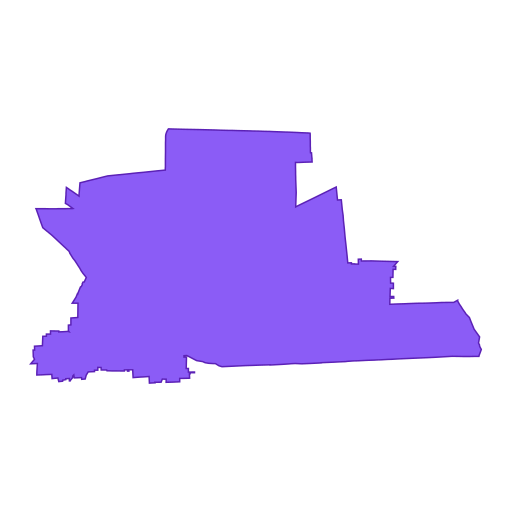 Metepec, México, Mexico
{"feature_id": "50627088B30760870032876", "entity_name": "Metepec", "entity_type": "district", "adm_level": 2, "iso_a3": "MEX", "parent_name": "Mexico", "parent_adm1": "México", "projection": "mercator", "projection_center": [-99.596, 19.251], "detail": "fine", "context": "isolated", "style": "filled", "palette": "violet", "viewbox_px": 512, "rotation_deg": 0, "n_neighbors": 0, "source": "geoboundaries", "source_scale": "gbopen_adm2", "svg_char_len": 4907}
<svg xmlns="http://www.w3.org/2000/svg" viewBox="0 0 512 512"><path d="M161.1,382.2L162.3,379.1L166.2,379.2L166.1,382.3L172.9,382.1L179.7,381.8L179.7,378.4L183.0,378.4L189.6,378.2L189.4,373.8L190.1,373.8L190.1,372.7L194.5,372.7L194.5,372.0L188.4,372.1L188.4,368.5L186.2,368.5L186.5,357.2L184.0,357.1L184.0,355.7L186.8,355.5L190.1,357.2L196.6,360.6L202.7,361.6L205.1,362.7L208.7,363.3L213.5,363.6L215.4,363.6L219.0,365.8L222.0,366.7L234.7,366.1L245.2,365.6L248.2,365.5L252.2,365.4L260.0,365.1L263.8,365.0L270.2,364.8L270.2,365.0L274.0,364.8L281.5,364.4L289.0,363.9L291.1,363.7L295.2,363.5L301.7,363.8L311.4,363.4L321.1,362.9L321.1,362.7L328.0,362.4L334.9,362.1L338.4,361.9L345.3,361.6L345.9,361.6L346.7,361.4L353.5,360.9L357.6,360.8L367.5,360.3L374.1,360.1L377.4,359.9L380.9,359.8L387.9,359.4L391.4,359.3L398.4,358.9L407.3,358.5L414.3,358.2L421.4,357.9L428.5,357.6L434.8,357.3L438.2,357.1L445.2,356.7L452.1,356.3L459.0,356.4L463.2,356.5L469.8,356.5L474.3,356.4L478.9,356.4L479.2,355.1L480.1,352.8L481.3,349.5L481.0,348.8L480.4,347.8L479.6,346.1L479.5,344.9L478.5,343.0L478.7,342.1L479.6,336.9L474.1,329.2L470.9,321.4L469.4,317.5L465.7,313.7L465.3,312.9L462.6,309.1L461.0,306.5L459.4,304.2L457.7,301.1L457.7,300.2L453.7,302.4L449.2,302.4L441.4,302.5L435.6,302.8L427.1,303.1L422.8,303.2L420.3,303.2L416.0,303.3L408.1,303.6L403.8,303.8L400.1,303.9L396.7,304.0L389.8,304.3L389.9,298.2L393.8,298.1L393.7,296.5L390.0,296.5L390.1,293.8L390.3,288.4L393.4,288.6L393.4,283.2L390.6,283.1L390.5,277.4L392.9,277.4L393.1,269.3L395.7,269.4L395.8,266.4L393.5,266.4L397.7,261.6L381.2,261.2L371.7,260.9L361.4,261.0L361.3,259.1L358.3,259.2L358.4,264.1L354.9,264.1L354.8,263.9L351.4,263.9L351.4,262.8L347.8,262.9L347.7,262.1L347.1,255.9L345.9,244.5L345.1,237.4L344.3,228.4L343.9,224.7L343.4,220.1L343.4,219.5L343.1,215.4L342.3,209.8L341.3,199.8L340.7,199.8L339.4,199.9L337.5,200.0L336.2,187.0L334.8,187.7L333.5,188.3L325.6,192.2L312.8,198.5L308.9,200.4L299.0,205.2L295.7,206.9L296.2,192.6L296.1,190.0L295.7,179.2L295.7,177.2L295.6,174.1L295.6,171.8L295.5,166.8L295.5,165.4L295.5,164.1L295.5,162.4L297.7,162.5L300.3,162.4L304.5,162.2L307.9,162.1L312.1,162.0L312.0,159.7L312.0,158.1L311.9,158.0L311.5,152.8L310.5,152.8L310.4,151.8L310.4,150.7L310.4,148.0L310.3,146.1L310.3,144.7L310.3,141.5L310.2,138.2L310.2,135.0L310.1,133.2L308.4,133.0L305.6,132.9L300.6,132.7L297.3,132.5L290.1,132.2L287.3,132.1L286.6,132.1L273.1,131.6L269.1,131.4L267.5,131.4L263.1,131.3L258.4,131.1L252.7,131.0L250.2,130.9L237.7,130.6L231.6,130.4L228.9,130.4L228.4,130.4L220.5,130.2L215.5,130.0L207.2,129.8L199.7,129.6L189.1,129.4L183.9,129.3L172.2,129.0L169.4,128.9L168.4,128.9L167.9,129.7L167.3,130.7L166.7,131.9L166.1,133.5L165.7,135.1L165.7,135.4L165.6,136.5L165.6,137.6L165.6,140.0L165.5,142.7L165.5,144.5L165.5,145.7L165.5,146.7L165.5,151.5L165.4,159.4L165.4,166.5L165.4,166.8L165.3,168.1L165.3,170.1L157.7,170.8L143.6,172.3L136.0,173.0L132.1,173.4L130.6,173.6L119.9,174.7L118.5,174.8L107.7,175.9L103.2,177.0L97.0,178.6L90.8,180.1L86.7,181.1L85.4,181.5L80.0,182.8L79.8,185.1L79.0,195.3L79.0,196.1L77.9,195.3L74.0,192.6L72.3,191.4L70.6,190.3L70.4,190.2L68.3,188.7L66.4,187.4L66.0,193.1L66.0,194.7L65.6,200.1L65.4,203.4L67.6,204.6L72.9,208.5L72.1,208.6L67.8,208.6L65.7,208.7L64.6,208.7L62.6,208.7L60.7,208.7L59.8,208.7L57.8,208.7L56.5,208.8L55.3,208.8L53.6,208.8L53.2,208.8L51.1,208.8L49.2,208.8L45.2,208.7L44.7,208.7L43.9,208.7L42.0,208.7L39.9,208.7L36.0,208.7L36.2,209.1L38.2,214.7L39.0,217.0L39.9,219.7L40.0,219.9L40.9,222.5L42.0,225.5L42.8,227.7L44.6,229.2L47.1,231.3L50.8,234.3L51.5,234.9L52.3,235.6L58.6,241.5L64.6,247.1L64.8,247.2L66.7,249.1L68.9,251.1L69.6,252.4L69.8,253.2L72.9,258.2L73.7,259.2L74.7,260.4L77.2,264.2L77.5,264.7L78.2,265.8L79.9,268.4L81.0,270.5L83.0,273.4L84.9,275.7L86.3,277.5L84.7,280.9L84.3,281.9L83.0,282.1L82.2,283.8L82.3,284.6L82.0,285.2L81.2,286.7L80.5,286.9L79.9,288.3L77.9,293.3L77.7,294.0L77.4,293.8L76.0,297.2L72.2,303.2L78.0,303.2L77.8,317.5L70.9,318.0L70.9,324.9L68.4,325.1L68.4,330.9L69.0,331.7L67.9,331.4L63.4,331.7L58.8,331.9L58.8,331.0L56.1,331.0L50.5,330.9L50.5,334.1L46.4,334.1L46.4,336.2L42.8,336.3L42.4,345.7L34.5,346.2L34.6,350.1L33.1,350.1L33.3,356.8L34.1,358.4L34.5,359.3L30.7,363.8L37.4,363.5L36.9,371.2L36.8,374.7L36.8,375.0L42.5,374.8L46.0,374.6L51.8,374.4L52.1,378.6L57.9,378.0L58.8,381.6L62.6,381.2L62.7,380.2L65.8,379.6L65.8,378.7L69.3,378.5L69.4,380.9L70.2,380.9L70.5,380.2L72.6,377.7L72.8,375.9L73.8,374.9L74.0,376.4L74.3,377.9L81.5,377.6L81.7,379.3L85.2,379.0L85.7,377.1L86.2,375.2L88.1,372.1L88.2,371.9L94.5,371.6L94.5,370.2L97.8,370.2L97.8,367.4L101.1,367.5L101.2,370.0L102.5,370.0L104.2,370.0L106.7,370.0L107.0,370.8L109.1,370.8L111.9,370.9L115.6,370.9L124.4,371.0L124.4,369.9L127.5,369.8L127.5,371.1L128.9,371.1L128.9,369.8L132.7,369.8L133.1,377.6L139.7,377.1L143.5,376.9L149.1,376.5L149.4,383.1L155.0,382.8L154.9,382.3L161.1,382.2Z" fill="#8b5cf6" stroke="#5b21b6" stroke-width="1.5"/></svg>